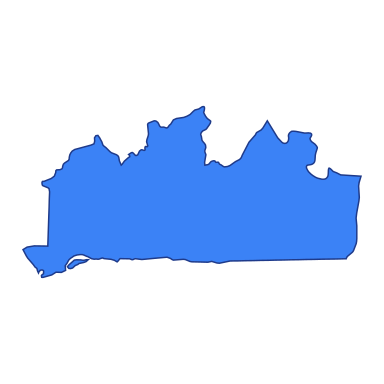 map outline of Bas-Congo (Natural Earth projection)
{"feature_id": "COD-1883", "entity_name": "Bas-Congo", "entity_type": "Province", "adm_level": 1, "iso_a3": "COD", "parent_name": "Democratic Republic of the Congo", "parent_adm1": "", "projection": "natural_earth1", "projection_center": [14.09, -5.165], "detail": "fine", "context": "isolated", "style": "filled", "palette": "blue", "viewbox_px": 384, "rotation_deg": 0, "n_neighbors": 0, "source": "natural_earth", "source_scale": "10m", "svg_char_len": 4642}
<svg xmlns="http://www.w3.org/2000/svg" viewBox="0 0 384 384"><path d="M261.1,130.0L262.9,128.0L267.3,120.8L277.7,137.8L281.6,142.0L282.6,142.8L283.6,143.2L284.5,143.4L285.5,143.3L286.5,143.0L287.3,142.3L288.0,141.4L288.4,140.4L288.6,139.2L288.7,138.0L288.4,135.8L288.6,134.6L289.1,133.6L289.9,132.6L290.8,131.9L291.7,131.3L293.5,131.2L295.9,131.4L304.7,133.1L308.4,132.9L310.6,133.2L311.5,134.0L311.7,135.0L311.3,136.1L310.0,138.4L310.3,139.8L311.4,141.5L315.0,144.2L316.5,146.0L317.3,147.4L317.2,148.5L315.8,152.8L315.3,155.1L315.0,159.8L314.8,161.0L314.4,162.1L313.7,163.1L312.8,163.8L311.9,164.3L310.9,164.6L307.8,165.1L306.9,165.5L306.4,166.6L306.5,168.1L307.6,170.3L308.6,171.8L310.8,174.0L313.0,175.7L315.6,177.3L317.7,178.2L321.9,179.2L323.9,179.2L325.0,179.0L326.1,178.5L326.9,177.7L327.5,176.9L327.8,176.3L328.1,175.3L328.3,173.0L328.4,170.1L328.6,168.9L329.1,168.1L330.0,168.5L330.9,169.2L333.2,171.5L336.8,172.9L340.7,174.9L361.0,176.2L359.1,182.6L358.6,186.0L359.3,197.4L358.9,201.0L356.7,213.0L356.1,218.1L356.8,225.9L356.8,238.5L356.6,241.4L356.2,243.6L353.6,250.4L353.0,251.5L352.2,252.4L347.3,256.5L346.1,258.7L346.1,258.8L343.9,258.8L336.3,259.0L328.8,259.1L321.2,259.2L313.6,259.4L306.0,259.5L298.5,259.7L290.9,259.8L283.3,260.0L275.7,260.1L268.2,260.3L260.6,260.4L253.0,260.6L245.4,260.7L237.9,260.9L234.7,260.9L230.1,261.0L219.5,263.2L217.0,263.0L211.7,261.4L207.9,262.2L200.4,262.0L191.7,261.8L190.1,261.5L185.2,259.5L183.3,259.3L173.4,260.1L172.2,259.6L170.2,258.3L167.0,257.2L155.6,258.2L141.9,259.5L135.3,258.7L134.5,258.9L133.0,259.6L132.0,259.7L129.6,258.8L122.9,258.7L120.2,258.6L119.7,259.0L118.0,261.1L117.1,261.9L114.4,260.3L111.0,259.3L104.0,258.6L103.9,258.6L102.8,258.0L101.5,258.2L98.8,259.2L97.6,259.2L96.1,259.0L94.2,259.2L91.6,258.7L87.7,256.6L86.6,256.3L83.7,255.0L82.3,254.6L80.0,254.6L76.9,255.0L73.9,256.0L71.8,257.5L71.1,257.9L69.2,259.5L68.2,261.0L67.3,262.8L65.2,265.8L65.6,270.4L61.4,272.4L56.0,272.2L51.8,274.9L45.1,276.8L42.9,277.4L41.7,277.3L41.4,275.7L41.8,275.0L43.5,273.7L43.6,271.4L43.5,270.7L42.7,270.1L41.3,270.0L40.0,270.4L39.7,271.1L39.1,271.5L38.5,273.0L37.5,270.9L37.1,269.2L36.8,268.4L36.4,268.0L35.4,267.4L35.1,267.1L33.3,264.6L27.7,258.1L26.3,255.9L23.0,249.6L27.1,247.1L34.2,245.9L41.7,246.0L47.8,246.1L48.1,237.2L48.3,230.9L48.7,218.9L49.1,207.4L49.3,199.2L49.6,191.8L49.0,188.6L48.0,187.8L42.9,185.7L42.4,185.2L42.1,184.2L42.0,183.2L42.0,182.4L42.4,181.5L42.9,181.3L43.6,181.4L44.2,181.3L51.2,178.5L54.3,176.2L55.7,172.6L55.9,170.6L56.6,169.9L59.9,169.7L61.9,168.9L62.5,167.8L62.7,166.2L63.4,164.2L64.6,163.0L68.4,160.5L69.1,159.3L69.3,157.1L69.8,154.9L70.8,152.9L72.2,151.1L74.7,149.5L91.0,145.1L94.0,143.8L94.7,141.1L94.5,137.8L95.9,135.7L97.9,135.4L99.7,137.9L100.4,139.3L101.8,141.8L102.9,145.0L103.7,145.9L105.9,147.6L109.8,151.5L111.3,152.7L116.4,154.7L117.6,155.5L118.4,156.4L118.8,157.6L119.4,160.9L121.2,165.1L122.1,164.3L124.4,161.1L128.6,157.4L129.6,156.9L129.8,156.2L129.5,155.3L128.6,154.5L131.3,152.7L132.3,152.5L133.3,153.1L135.0,155.0L136.0,155.6L136.7,155.3L137.7,154.9L139.5,151.1L141.2,149.8L142.0,149.8L143.9,150.4L144.7,150.3L145.1,149.7L144.9,147.9L145.2,146.8L145.9,146.4L146.6,146.7L147.2,146.7L147.8,145.9L146.6,141.8L146.9,139.7L148.2,135.8L148.5,133.9L147.6,124.6L148.0,123.5L148.9,122.9L154.2,120.8L155.9,121.0L157.8,122.4L158.5,123.6L159.7,126.1L160.6,127.0L161.4,127.2L163.7,127.1L163.8,127.1L166.2,127.9L167.0,127.9L167.9,127.3L169.3,125.3L170.6,124.2L170.8,124.0L171.0,123.7L173.4,119.9L176.5,118.5L183.8,117.4L187.0,116.2L190.1,114.5L193.2,111.4L194.9,110.0L198.7,109.0L202.3,106.7L203.8,106.6L204.3,107.0L204.5,107.8L204.5,108.8L204.3,110.1L204.0,111.4L203.7,112.0L203.7,112.5L204.3,113.9L205.6,116.3L207.3,118.5L210.1,120.6L210.7,121.2L210.4,123.0L209.2,125.0L207.9,126.8L206.9,128.3L205.9,129.4L202.8,130.9L201.5,132.3L200.8,133.7L200.7,134.5L201.4,136.6L202.0,140.3L203.3,142.1L204.5,143.4L205.5,145.0L205.8,147.4L205.6,148.3L205.0,150.0L204.8,150.9L204.9,152.0L205.2,152.9L205.6,153.8L205.9,154.8L204.6,162.3L204.9,165.2L206.4,164.9L208.0,164.6L209.0,164.0L210.7,161.9L211.7,161.3L213.3,160.8L214.8,160.9L215.5,161.9L215.9,162.3L217.7,162.2L218.4,162.3L218.7,162.7L219.4,164.0L219.8,164.3L220.8,164.7L223.4,166.5L224.4,166.9L227.5,166.5L230.0,165.5L235.5,161.6L239.4,159.6L240.7,158.4L241.6,156.9L242.2,155.3L249.0,142.2L255.4,134.9L256.0,133.6L256.6,132.6L261.1,130.0ZM80.7,259.9L83.1,260.3L84.8,260.1L86.3,259.7L88.2,259.7L86.1,261.6L83.7,262.5L79.0,263.5L77.8,264.5L75.3,265.5L72.6,268.0L70.6,268.6L68.8,268.4L67.4,266.7L69.1,264.7L71.6,262.5L74.3,260.1L76.5,259.8L80.7,259.9Z" fill="#3b82f6" stroke="#1e3a8a" stroke-width="1.5"/></svg>